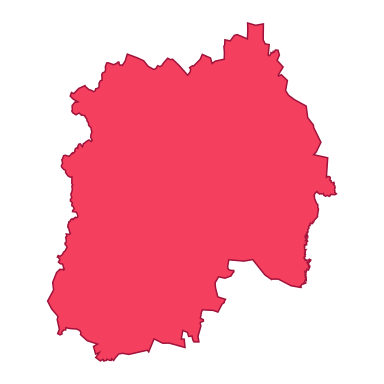 Amajuba, KwaZulu-Natal, South Africa (Equal Earth projection)
{"feature_id": "47623444B66034573524186", "entity_name": "Amajuba", "entity_type": "district", "adm_level": 2, "iso_a3": "ZAF", "parent_name": "South Africa", "parent_adm1": "KwaZulu-Natal", "projection": "equal_earth", "projection_center": [30.451, -27.741], "detail": "fine", "context": "isolated", "style": "filled", "palette": "rose", "viewbox_px": 384, "rotation_deg": 0, "n_neighbors": 0, "source": "geoboundaries", "source_scale": "gbopen_adm2", "svg_char_len": 5866}
<svg xmlns="http://www.w3.org/2000/svg" viewBox="0 0 384 384"><path d="M269.2,44.6L265.2,43.9L263.2,40.0L263.4,23.9L255.7,25.3L247.6,23.0L247.8,30.1L247.4,38.9L237.2,34.6L234.3,35.4L230.2,40.9L224.9,39.8L224.7,44.8L223.9,46.3L224.4,52.7L224.2,59.2L215.3,61.1L212.1,63.5L210.5,58.0L202.3,54.4L200.2,59.3L197.0,62.6L193.7,65.9L192.4,65.8L189.6,67.6L190.6,69.3L190.2,71.9L187.7,75.2L179.2,65.6L172.6,59.2L170.5,59.7L167.7,58.2L163.4,63.1L161.8,65.7L160.0,66.6L157.6,65.7L156.0,68.4L153.8,69.5L148.1,66.3L143.7,60.8L137.5,57.9L127.3,54.1L125.2,61.0L122.4,65.3L122.1,65.0L120.1,65.2L119.1,63.9L119.1,62.6L118.7,62.0L117.8,62.2L116.6,63.4L113.7,64.7L108.3,62.8L106.7,62.9L105.3,66.9L105.6,69.3L105.0,71.8L102.6,72.9L101.8,74.5L102.1,80.2L100.8,80.5L99.9,81.3L99.7,82.5L99.0,83.1L99.1,86.9L97.6,88.4L95.8,88.7L95.0,91.0L93.6,91.6L91.3,90.3L88.9,89.6L85.2,86.3L85.0,85.6L78.7,88.5L73.8,93.6L71.5,92.5L70.2,96.1L73.2,99.1L77.9,101.8L76.0,102.3L75.1,102.0L72.1,105.6L72.3,109.7L71.8,111.0L72.7,112.7L75.9,114.8L79.0,113.1L81.0,114.4L81.3,115.2L82.2,115.0L84.9,115.8L85.0,116.6L86.9,119.2L87.0,120.8L88.4,122.7L88.6,125.2L89.7,126.6L90.9,127.4L91.8,132.4L91.0,134.3L90.7,137.3L92.2,140.6L91.0,141.6L89.2,140.0L88.3,140.2L85.2,142.4L84.6,143.2L83.4,143.6L82.5,146.7L80.2,143.8L78.7,144.3L77.8,146.4L77.8,148.1L76.9,147.8L75.5,148.5L74.7,151.0L75.0,151.4L74.3,152.3L73.4,153.2L72.7,152.7L71.4,153.8L71.7,154.1L68.9,156.4L65.3,155.2L63.6,155.7L62.5,158.8L61.8,159.8L62.6,163.2L61.4,165.8L61.5,166.8L63.6,169.3L65.2,170.2L65.6,170.8L65.6,172.6L67.9,175.8L69.4,176.8L70.9,177.2L71.9,176.9L71.8,183.4L72.8,184.9L72.2,185.4L71.8,186.8L72.3,188.2L72.0,191.4L70.8,194.2L71.8,197.9L70.4,199.4L70.5,201.3L71.1,201.4L72.5,203.0L71.7,204.3L72.0,206.0L73.0,206.2L74.2,208.7L72.7,210.5L72.5,211.6L76.0,212.0L77.1,213.5L77.9,216.0L77.4,217.4L75.7,217.7L75.4,217.3L73.9,218.4L73.2,219.6L72.1,218.7L70.6,219.9L70.2,221.0L68.8,221.9L68.6,223.5L68.0,224.6L67.8,227.1L68.8,228.7L69.8,232.5L70.4,233.3L69.4,234.4L66.2,234.0L66.9,236.1L65.7,237.2L66.3,240.9L65.9,242.7L65.1,242.9L65.1,244.5L66.2,245.4L67.1,247.2L64.9,251.2L63.8,251.9L62.1,254.8L60.1,256.3L58.2,255.5L57.4,257.1L58.4,257.5L59.9,259.5L58.4,262.1L60.3,263.7L62.6,264.1L63.7,268.0L64.3,269.2L63.6,270.0L62.7,269.3L60.9,269.6L60.0,269.2L56.6,272.5L52.7,282.4L53.6,289.9L47.6,301.1L51.7,309.0L58.0,316.4L57.2,319.6L59.4,329.3L57.7,333.6L60.1,334.9L62.1,333.8L61.7,332.3L63.7,330.0L65.7,330.0L65.9,327.7L69.7,328.5L77.2,329.1L78.2,329.7L80.2,331.0L80.9,333.0L80.5,334.6L87.2,340.7L97.6,344.1L93.5,346.4L95.6,354.1L99.3,352.5L95.7,357.5L100.3,360.9L103.2,359.4L103.8,361.0L106.5,360.3L106.9,359.2L109.8,360.4L111.2,360.4L111.6,358.8L113.6,360.5L115.0,358.3L118.7,354.0L122.6,353.3L128.9,354.4L147.3,350.2L148.7,351.9L154.0,338.9L162.7,343.2L169.1,343.1L185.0,347.5L184.2,339.1L181.3,339.0L182.8,330.5L187.4,332.3L188.7,336.5L191.9,336.0L192.9,340.1L193.9,341.9L198.9,341.9L198.0,336.3L200.9,325.9L200.1,323.1L200.6,322.2L203.4,321.2L203.3,319.6L200.4,318.4L201.3,312.7L202.4,309.8L213.3,310.4L217.9,312.1L222.0,304.2L224.2,302.6L224.1,302.0L225.5,299.3L217.8,296.9L215.5,287.8L215.1,282.7L218.6,276.8L225.0,278.2L231.1,275.9L232.5,273.4L233.9,271.8L233.7,270.5L231.8,270.5L228.9,269.8L228.4,269.3L227.6,267.0L228.8,259.8L243.9,261.1L252.7,259.6L265.0,275.0L271.6,279.5L271.8,279.1L278.3,279.1L291.2,285.8L301.6,287.6L300.7,286.9L301.0,286.0L300.7,286.0L302.0,284.3L303.8,283.9L303.7,283.1L305.2,283.3L305.8,282.9L304.7,281.5L305.3,279.8L305.7,279.7L306.3,280.3L306.3,278.0L305.4,277.5L306.1,276.3L305.4,276.0L305.5,275.5L305.0,275.1L306.0,274.2L305.8,273.8L305.3,273.8L305.6,273.7L305.3,273.3L305.6,273.1L305.2,272.6L305.7,272.4L305.4,271.9L306.0,272.2L306.3,271.7L306.0,271.1L307.0,270.1L307.0,269.3L308.5,270.0L309.2,267.9L309.6,267.4L309.8,267.7L309.7,266.7L309.4,266.5L309.7,265.9L309.2,265.7L308.6,266.2L308.8,264.5L308.1,264.1L307.9,264.4L308.0,263.9L307.7,263.9L307.4,263.2L307.8,263.4L308.0,262.2L309.1,262.6L309.5,261.1L310.2,261.2L310.3,260.2L310.7,260.0L309.3,259.2L308.7,260.0L307.2,260.3L307.1,260.6L305.7,259.7L305.2,260.1L304.6,259.0L304.6,257.9L304.3,258.3L304.0,257.7L304.4,256.7L305.0,256.4L304.7,256.1L305.4,254.6L304.7,254.3L305.1,253.5L304.7,252.8L305.3,252.5L305.1,251.3L305.4,250.8L305.1,250.7L305.9,249.7L305.0,249.8L304.5,249.1L304.7,246.7L304.4,246.6L304.9,245.8L304.4,245.1L304.8,244.7L306.6,244.8L306.7,243.8L305.9,242.5L307.3,241.6L306.9,241.4L306.9,240.7L307.4,240.6L307.0,240.5L307.3,240.3L307.0,239.9L306.2,240.1L306.5,239.8L306.2,239.3L306.5,238.9L306.0,239.1L305.9,237.5L305.2,237.4L304.8,237.0L305.3,237.2L305.6,236.8L305.2,236.8L305.2,236.1L306.1,236.2L306.3,235.7L306.4,236.4L307.5,237.1L307.4,236.6L307.8,236.2L307.4,235.2L306.1,234.7L307.1,233.8L307.2,233.3L306.9,233.2L307.1,232.3L307.8,232.3L308.0,231.9L307.8,229.6L308.0,229.0L308.8,228.6L308.9,226.9L308.6,226.7L309.5,225.4L310.1,225.4L310.0,224.3L310.5,223.1L311.9,223.8L312.9,223.0L313.2,222.4L312.9,222.0L313.7,221.8L314.4,220.1L317.5,216.8L317.5,215.0L318.5,209.1L317.8,207.5L317.8,204.5L316.7,203.7L314.6,198.6L314.4,196.4L314.0,195.9L314.3,195.7L314.4,194.5L315.2,193.2L317.1,191.6L317.5,192.5L319.7,194.1L320.3,193.7L322.2,194.0L323.3,193.5L323.8,194.4L323.8,195.2L325.5,196.2L327.4,195.4L329.3,196.4L330.1,195.8L330.2,194.9L330.7,194.5L335.0,194.7L336.4,193.8L334.7,192.3L334.9,191.1L334.5,189.3L335.1,187.7L334.6,185.4L333.5,184.6L334.2,183.4L333.9,182.3L332.5,182.8L331.2,182.1L331.2,180.8L329.9,180.2L330.3,177.6L329.7,176.8L328.0,176.4L326.4,177.2L327.7,157.8L313.7,154.7L316.3,151.9L320.9,142.3L313.8,127.8L313.3,124.9L307.7,117.7L306.2,106.1L294.5,99.7L288.5,95.2L285.6,90.6L287.4,80.5L281.3,74.7L278.5,76.0L278.2,75.1L283.1,67.0L277.1,60.4L279.4,55.1L278.0,50.2L275.5,50.0L274.5,51.4L273.3,51.4L273.7,52.3L271.7,53.0L271.0,52.6L270.8,53.9L269.5,55.7L268.2,55.2L269.2,44.6Z" fill="#f43f5e" stroke="#9f1239" stroke-width="1.5"/></svg>